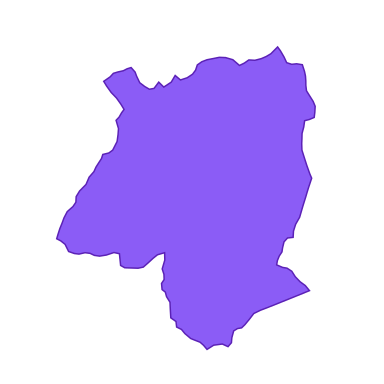 outline of Santa Bárbara d'Oeste, São Paulo, Brazil, rotated 7°
{"feature_id": "56859067B87945303247777", "entity_name": "Santa Bárbara d'Oeste", "entity_type": "district", "adm_level": 2, "iso_a3": "BRA", "parent_name": "Brazil", "parent_adm1": "São Paulo", "projection": "albers", "projection_center": [-47.432, -22.803], "detail": "fine", "context": "isolated", "style": "filled", "palette": "violet", "viewbox_px": 384, "rotation_deg": 7, "n_neighbors": 0, "source": "geoboundaries", "source_scale": "gbopen_adm2", "svg_char_len": 2151}
<svg xmlns="http://www.w3.org/2000/svg" viewBox="0 0 384 384"><g transform="rotate(7 192 192)"><path d="M259.3,37.6L253.4,45.2L249.1,48.5L244.5,51.2L238.4,53.6L232.3,54.0L228.2,57.7L223.7,60.6L216.4,55.7L208.9,54.5L202.7,55.0L197.3,56.8L190.8,58.9L185.9,61.5L181.8,65.2L180.7,70.6L178.2,75.0L173.3,79.2L166.9,82.2L161.1,78.4L158.0,85.5L151.2,91.3L145.6,87.0L141.7,93.8L137.2,95.2L132.3,93.1L126.8,89.9L122.9,83.8L120.9,79.9L116.4,75.9L112.6,77.6L109.1,80.0L103.8,81.9L99.5,83.8L96.8,87.6L90.9,92.9L94.2,97.1L99.7,103.1L105.6,107.9L110.7,113.5L114.5,118.3L112.4,122.1L110.5,126.6L107.9,130.1L111.3,138.0L111.6,144.2L111.5,151.0L108.2,160.1L104.7,163.4L98.9,165.6L98.1,169.8L95.7,174.7L93.7,178.9L92.2,183.7L88.1,189.8L85.9,197.4L80.3,204.7L77.6,210.7L78.0,216.3L75.6,221.0L70.6,226.6L68.1,233.3L66.8,238.9L65.3,244.4L64.1,250.7L63.4,254.9L67.7,256.5L72.4,259.4L76.8,266.1L82.7,267.4L87.4,267.4L93.2,265.3L98.3,265.3L102.8,266.8L108.1,266.9L114.7,265.0L121.9,261.6L127.5,262.1L130.1,273.6L134.5,275.4L147.8,274.2L152.8,272.5L157.0,267.8L161.5,262.5L165.4,258.5L172.2,255.6L173.3,262.8L171.8,272.0L174.2,277.2L175.0,282.3L172.9,286.5L174.2,292.5L177.7,294.6L179.5,299.0L183.6,304.1L184.7,310.7L186.3,319.5L191.9,322.5L193.2,327.9L198.3,329.7L202.2,333.4L208.6,337.6L213.5,338.9L218.3,340.1L222.1,342.7L226.1,346.4L232.2,341.4L240.6,339.2L246.6,341.1L249.5,336.8L249.3,331.8L250.3,324.8L253.8,322.0L257.8,320.8L260.7,317.2L264.7,310.9L268.1,305.1L274.2,301.1L279.9,298.1L300.1,287.0L320.6,275.6L315.9,271.1L310.2,267.9L304.8,263.5L300.7,258.5L295.6,256.0L291.1,255.8L284.9,254.0L285.1,249.7L286.4,244.9L288.6,240.5L288.7,236.3L289.4,230.3L292.4,226.0L297.9,224.7L297.5,218.4L298.8,211.4L301.9,204.0L303.8,192.3L304.6,187.9L305.5,183.0L306.3,178.1L307.2,173.1L309.1,163.7L306.7,159.6L304.8,155.8L302.6,151.4L299.5,144.7L296.0,137.0L295.0,130.6L294.6,125.6L294.1,120.5L295.0,113.8L295.1,107.5L299.7,105.7L304.2,103.1L304.2,98.0L303.8,91.9L301.2,87.3L295.9,80.8L293.3,77.6L292.0,72.3L291.4,67.8L290.5,63.1L289.0,58.7L286.0,52.2L280.2,52.0L275.4,53.1L270.2,52.1L266.9,46.8L262.5,41.0L259.3,37.6Z" fill="#8b5cf6" stroke="#5b21b6" stroke-width="1.5"/></g></svg>